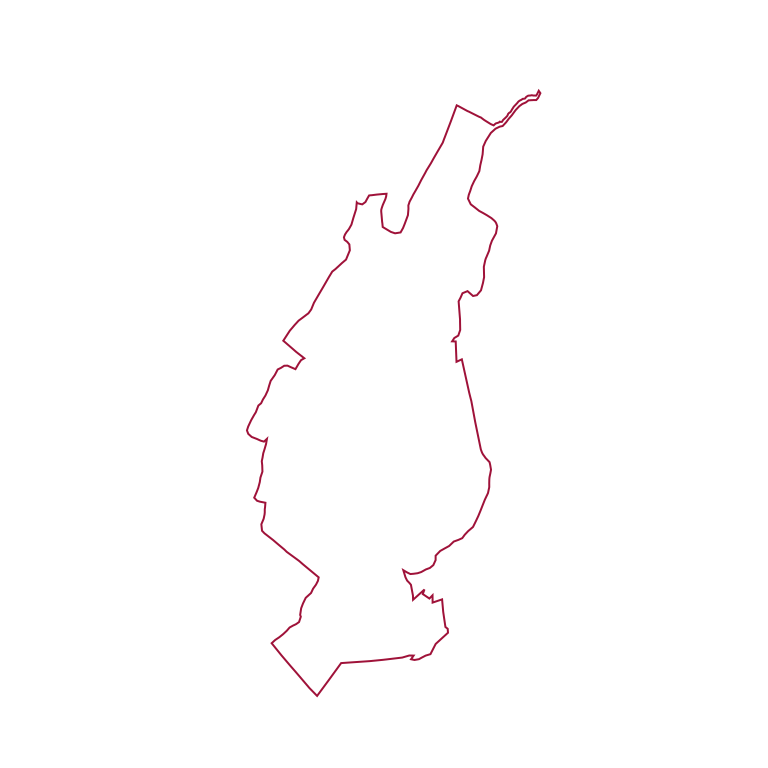 the district of Molo, Rift Valley, Kenya, rotated 192°
{"feature_id": "3690345B84891311296889", "entity_name": "Molo", "entity_type": "district", "adm_level": 2, "iso_a3": "KEN", "parent_name": "Kenya", "parent_adm1": "Rift Valley", "projection": "equal_earth", "projection_center": [35.775, -0.363], "detail": "fine", "context": "isolated", "style": "outline", "palette": "rose", "viewbox_px": 768, "rotation_deg": 192, "n_neighbors": 0, "source": "geoboundaries", "source_scale": "gbopen_adm2", "svg_char_len": 4408}
<svg xmlns="http://www.w3.org/2000/svg" viewBox="0 0 768 768"><g transform="rotate(192 384 384)"><path d="M309.3,120.2L302.8,123.7L298.6,124.5L300.3,120.4L296.8,120.4L292.6,122.1L290.2,124.2L286.8,127.0L282.4,129.4L279.4,140.5L269.7,154.0L270.8,157.8L273.4,159.1L278.7,173.4L282.4,185.4L291.0,180.3L292.6,187.4L295.0,183.6L302.4,186.6L301.7,191.4L310.7,179.0L311.7,183.1L313.7,187.9L315.9,193.2L317.8,194.7L320.5,196.5L322.8,199.4L326.4,205.9L322.3,204.5L318.7,203.6L315.7,204.5L311.8,205.9L308.5,207.8L304.5,211.3L300.9,213.6L298.1,217.1L296.9,222.5L297.8,226.8L294.3,232.4L290.2,236.0L286.6,239.1L283.0,244.4L278.8,247.0L275.4,249.5L273.7,253.3L271.1,257.6L267.2,262.7L265.7,268.6L264.3,274.5L263.2,280.5L262.3,285.9L261.3,291.8L259.6,298.9L259.6,305.0L260.5,309.1L261.2,312.9L261.4,314.9L261.4,318.5L261.5,322.4L263.3,326.9L264.5,329.5L269.2,332.7L272.5,335.7L273.4,336.7L274.2,337.8L275.6,340.0L276.1,341.1L286.8,365.6L295.0,385.4L296.7,388.8L298.9,393.3L313.0,424.3L317.7,420.8L322.7,440.5L326.2,439.9L324.8,443.6L321.4,446.8L320.7,452.7L322.7,461.3L323.0,462.8L328.2,480.4L327.1,484.3L326.1,489.1L321.6,492.2L315.2,488.6L311.6,490.2L308.6,495.8L308.2,503.4L308.3,509.3L310.7,519.4L310.7,526.1L310.5,528.1L310.2,529.4L308.9,536.2L308.9,541.6L308.2,546.6L305.8,554.6L306.0,561.9L307.7,564.6L308.9,565.9L310.2,566.8L313.4,568.6L318.5,570.5L322.5,571.8L326.9,573.1L331.1,575.2L336.5,577.8L340.4,582.8L340.4,586.6L340.2,588.1L339.8,590.7L339.3,595.7L338.0,601.2L336.4,606.3L335.0,612.1L335.3,618.0L335.2,623.3L335.3,629.2L335.8,633.0L336.3,636.8L335.0,642.9L331.7,651.8L328.0,656.9L324.3,659.8L321.6,661.0L319.0,665.3L317.2,669.2L314.9,673.3L312.2,679.3L309.4,683.9L306.9,686.7L303.9,688.8L301.6,691.5L297.6,692.6L294.1,693.4L292.8,695.7L291.5,701.0L293.6,703.0L294.6,699.0L295.2,697.7L296.5,697.5L297.9,697.2L299.4,697.2L300.6,696.7L301.6,696.4L302.9,696.0L303.7,695.3L304.7,694.2L305.3,692.7L306.4,692.1L307.5,691.8L308.8,690.5L310.3,689.3L311.3,688.1L312.1,686.5L313.3,684.5L314.2,683.1L314.9,681.8L315.3,680.6L315.9,679.1L316.4,677.4L317.0,676.1L317.9,675.3L318.7,674.1L319.1,672.0L320.1,670.3L321.0,669.0L322.4,667.0L323.1,665.0L324.2,664.6L325.3,664.7L326.1,663.6L327.2,663.0L328.7,662.2L329.5,661.3L330.5,659.8L333.1,660.3L334.1,660.6L339.1,662.4L341.2,663.2L344.8,664.9L345.9,665.0L348.3,665.6L357.8,668.1L359.0,668.3L368.7,671.2L370.8,671.7L371.4,667.5L373.2,655.0L375.8,638.3L376.2,635.9L376.7,632.3L380.0,622.3L382.5,614.6L384.0,609.7L386.8,601.9L387.6,599.0L390.0,591.2L391.6,585.1L393.7,578.5L394.7,575.5L395.6,572.0L396.9,567.6L397.0,566.3L397.3,563.8L396.5,560.4L395.7,554.1L397.0,545.1L397.8,540.5L399.3,535.7L404.5,533.7L408.9,534.2L417.9,537.3L419.0,540.8L419.5,542.1L419.9,543.4L421.7,549.3L422.6,552.2L422.9,553.8L422.8,555.6L422.4,558.9L421.1,565.2L420.9,567.9L421.1,570.6L424.6,569.6L430.7,567.7L435.3,566.1L436.4,565.8L437.8,565.3L438.6,562.8L439.2,560.9L440.0,558.1L442.6,555.2L444.5,555.2L447.4,555.3L448.4,556.0L447.6,549.3L448.5,540.0L449.0,533.1L450.5,528.3L451.4,526.4L452.1,525.1L453.2,522.2L453.7,519.2L452.5,516.8L449.5,515.4L446.9,513.3L445.2,507.7L447.0,497.8L450.4,493.4L455.4,486.3L458.0,483.2L460.1,477.2L463.5,466.7L466.3,458.3L469.4,448.9L470.7,441.8L472.6,437.5L480.7,428.2L483.7,423.1L487.2,416.6L491.5,405.4L476.3,397.0L467.3,392.6L470.1,390.1L471.7,386.2L473.7,380.1L478.7,381.1L482.2,381.9L485.4,381.1L488.2,378.3L491.0,376.1L492.7,370.0L495.5,363.5L496.0,358.5L496.3,353.7L497.6,348.0L499.2,343.7L500.2,339.6L502.4,336.8L503.5,329.7L504.6,326.7L506.4,321.0L508.0,314.1L508.4,310.1L506.4,307.0L502.4,304.7L496.8,303.8L492.8,302.9L489.4,302.7L487.1,306.0L486.9,300.7L487.3,295.3L487.7,291.2L487.5,286.7L487.5,283.1L486.2,279.1L484.7,273.0L485.4,266.8L485.1,262.2L485.4,256.1L486.2,251.3L487.3,245.8L483.9,243.4L480.9,243.1L475.3,243.2L474.7,238.6L474.6,236.8L473.9,233.4L473.7,231.5L473.7,227.1L474.8,221.3L472.8,215.1L469.9,213.1L460.0,208.3L456.7,206.5L452.8,204.4L447.1,201.4L444.3,199.6L441.4,198.3L430.3,193.3L426.0,190.9L422.2,188.9L407.7,181.3L407.7,177.7L408.8,173.6L410.8,169.1L411.9,164.4L416.1,158.6L417.6,152.5L418.4,147.4L418.0,140.7L417.0,139.1L417.6,133.5L420.0,130.9L421.5,129.7L422.5,129.0L425.7,126.2L427.8,122.4L430.6,118.4L433.8,114.5L437.2,111.0L440.0,107.1L427.8,97.2L416.9,88.8L408.8,82.7L393.6,71.0L384.6,65.0L376.1,83.7L367.9,102.1L355.3,105.7L340.2,110.0L327.3,114.1L309.3,120.2Z" fill="none" stroke="#9f1239" stroke-width="2"/></g></svg>